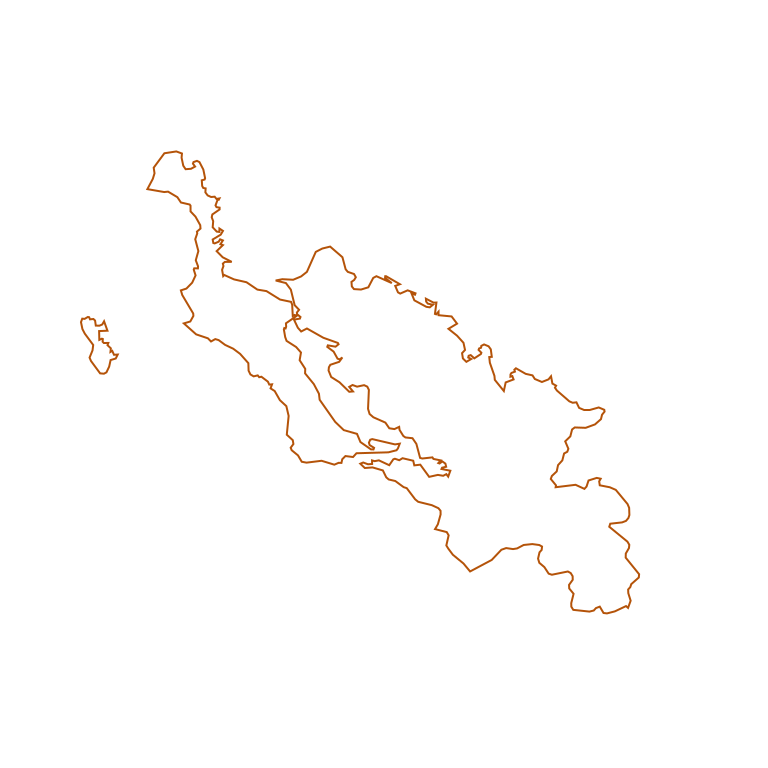 outline of Stereá Elláda, rotated 200°
{"feature_id": "GRC-2989", "entity_name": "Stereá Elláda", "entity_type": "Region", "adm_level": 1, "iso_a3": "GRC", "parent_name": "Greece", "parent_adm1": "", "projection": "natural_earth1", "projection_center": [23.212, 38.602], "detail": "fine", "context": "isolated", "style": "outline", "palette": "amber", "viewbox_px": 768, "rotation_deg": 200, "n_neighbors": 0, "source": "natural_earth", "source_scale": "10m", "svg_char_len": 6152}
<svg xmlns="http://www.w3.org/2000/svg" viewBox="0 0 768 768"><g transform="rotate(200 384 384)"><path d="M379.0,301.0L376.7,303.1L371.6,303.1L367.8,304.8L369.1,308.1L366.4,308.3L362.7,310.5L351.3,309.5L349.5,316.4L348.2,317.5L343.6,317.6L341.2,320.6L330.3,321.9L327.7,317.9L322.3,320.6L309.8,312.2L302.3,317.0L297.0,318.0L294.6,320.6L292.0,318.9L292.0,325.2L300.9,323.8L300.8,325.2L297.3,327.5L299.1,330.2L302.7,331.2L304.6,328.3L305.9,328.3L304.6,331.6L311.9,330.5L313.4,331.6L322.5,327.1L324.8,326.9L333.1,338.8L338.7,342.8L345.6,341.1L348.1,341.8L353.7,346.2L355.1,348.9L358.8,345.2L363.9,344.2L369.5,348.2L382.6,349.1L387.3,350.9L390.5,355.2L396.2,373.3L398.8,375.8L402.3,376.1L408.4,372.3L413.2,372.3L415.7,369.4L410.6,366.4L414.0,364.8L426.4,370.4L436.0,372.5L440.7,377.7L441.5,380.9L441.0,383.7L433.7,389.5L432.2,394.7L434.1,392.0L436.3,391.9L442.4,397.2L450.0,399.5L450.0,401.1L442.3,402.5L440.3,405.8L441.4,406.8L456.8,406.7L475.4,409.8L479.8,405.0L484.2,407.4L490.6,413.7L485.4,416.7L485.4,418.4L489.6,419.9L490.3,421.4L489.2,424.7L494.9,427.5L503.8,440.8L510.7,445.3L521.2,444.2L515.4,447.7L505.0,450.9L498.7,456.7L494.8,463.0L493.3,484.8L488.3,490.2L481.6,494.7L466.4,488.9L459.3,478.7L456.4,477.0L449.8,477.1L447.0,474.7L447.6,471.6L449.5,468.8L447.6,464.7L444.7,462.9L437.9,464.9L431.8,469.5L430.4,480.0L428.0,482.7L411.2,481.5L419.3,484.1L419.7,485.7L418.9,486.0L403.2,483.2L407.0,480.0L402.2,474.9L399.7,474.5L393.8,480.1L385.4,480.0L385.4,478.5L389.1,478.5L384.1,473.0L370.6,471.0L367.2,471.7L365.1,475.2L370.3,474.5L372.6,475.9L373.8,478.5L365.2,477.4L362.6,478.5L360.1,467.3L358.8,467.3L357.5,470.6L356.3,467.3L343.6,470.6L336.0,465.7L342.3,457.9L331.9,454.4L323.4,449.9L319.5,443.7L321.2,439.7L318.6,435.0L314.2,433.0L310.6,437.3L313.9,437.7L314.1,439.5L312.4,440.8L307.9,439.0L303.2,445.3L303.2,446.7L306.8,448.4L306.8,449.9L305.2,451.3L305.6,453.1L303.5,455.4L298.6,455.2L295.5,453.1L292.0,446.4L294.3,445.3L291.8,440.2L283.0,429.4L281.3,425.8L269.0,418.4L270.2,427.1L263.8,432.6L266.1,435.3L267.7,434.1L268.4,436.3L268.0,438.0L265.2,440.4L266.4,442.0L265.4,443.9L254.3,442.0L247.4,442.9L244.0,440.3L236.3,439.9L231.0,444.6L229.7,448.4L225.9,442.0L221.7,441.3L222.1,439.0L219.3,437.0L203.9,431.1L200.3,430.9L196.9,432.6L192.5,428.3L187.0,428.0L181.7,430.0L174.2,435.4L168.2,435.1L167.3,433.5L168.6,429.7L168.1,425.2L171.9,418.2L179.5,411.8L189.9,408.4L191.7,405.6L191.0,398.5L194.1,392.1L188.6,386.2L188.6,383.0L191.0,380.3L190.3,373.2L192.7,367.3L191.8,360.9L194.8,355.0L194.8,351.8L187.7,347.6L187.4,345.7L169.5,354.8L159.8,354.0L158.6,356.9L158.8,363.3L152.0,368.5L148.0,369.1L148.5,366.1L146.6,362.6L136.5,364.2L130.0,363.8L114.1,354.5L111.3,351.5L108.6,344.8L108.5,341.6L109.8,338.1L112.9,335.4L123.6,330.1L123.5,326.9L101.3,319.1L98.5,316.8L97.7,313.6L98.8,307.4L97.5,303.5L79.2,292.5L78.4,289.3L83.2,280.5L83.1,277.4L84.3,274.4L82.9,271.0L78.1,264.7L78.1,257.1L80.6,258.1L89.3,249.3L96.0,244.7L99.4,243.9L105.1,248.6L108.2,245.9L109.4,242.9L113.1,240.4L128.9,236.5L131.8,238.8L133.1,242.1L134.1,251.7L140.0,255.2L141.4,258.5L139.7,264.6L141.0,267.9L143.9,270.2L147.1,270.7L161.0,262.2L164.4,262.1L170.7,266.8L176.9,269.1L179.5,272.6L180.3,279.0L179.1,282.0L179.9,285.3L183.0,285.8L189.9,284.3L197.7,280.5L202.7,275.0L206.3,273.0L213.1,271.6L217.0,268.4L222.6,255.5L239.0,237.3L247.9,242.5L260.9,247.1L267.3,251.3L270.2,253.6L271.5,263.9L274.4,266.3L286.4,265.1L285.4,270.6L286.2,280.8L287.5,284.2L290.4,285.9L297.6,286.5L311.6,285.0L315.3,286.3L327.0,293.9L330.3,293.8L340.2,296.7L346.9,295.9L350.0,297.1L355.5,302.4L366.2,301.7L373.3,298.5L379.0,301.0ZM673.0,486.2L671.4,497.7L671.7,503.5L674.4,508.5L669.3,525.7L658.7,531.5L652.7,531.5L651.6,527.4L647.3,520.5L643.9,518.0L639.0,520.2L635.9,523.7L638.9,525.7L638.9,527.4L636.1,529.7L633.3,529.4L627.1,523.7L622.5,516.2L622.5,514.8L624.9,513.1L622.6,507.9L620.9,506.4L618.5,506.8L617.4,503.0L614.2,500.9L610.4,500.6L607.2,502.1L604.7,500.6L602.1,502.1L602.3,500.6L603.4,500.4L603.4,494.2L601.9,492.9L598.8,493.5L598.2,491.8L603.3,484.6L602.9,481.7L600.2,478.6L598.6,472.7L593.3,470.0L590.7,470.6L591.8,473.8L587.7,472.8L588.5,468.5L594.4,461.2L592.6,458.1L591.2,458.2L588.0,461.2L587.5,463.9L584.5,463.8L585.5,459.4L582.9,459.4L586.7,451.6L578.9,447.9L568.9,446.7L575.3,444.3L576.6,442.0L575.2,439.9L575.2,435.9L572.0,430.4L571.4,431.8L560.7,431.0L548.0,432.6L535.3,429.4L526.2,431.1L510.6,427.8L499.4,429.4L497.4,427.1L493.0,416.7L491.7,418.3L489.2,418.4L496.9,407.5L495.5,404.3L495.5,402.5L496.8,402.5L496.8,401.1L492.9,394.3L490.3,391.2L479.2,388.7L472.8,385.2L471.4,377.5L463.2,371.3L461.8,367.0L449.9,359.9L441.8,352.6L439.1,347.2L416.9,331.7L406.0,326.9L392.3,327.9L386.3,321.4L373.9,318.1L371.5,318.9L371.5,320.6L376.6,321.7L378.1,323.7L377.9,326.9L376.2,328.2L353.0,331.0L348.8,333.3L348.9,328.1L349.6,326.0L356.5,321.3L386.2,309.5L388.1,304.8L395.6,303.1L397.5,299.0L397.0,295.3L399.7,294.4L403.1,291.2L416.4,290.5L429.9,283.6L434.7,282.8L440.4,287.5L448.1,290.2L449.9,292.2L448.6,296.6L450.5,300.0L458.0,303.1L462.7,321.4L468.2,329.8L476.3,333.2L484.3,340.0L489.1,341.1L489.1,345.4L491.6,344.2L493.9,346.5L501.7,348.9L503.6,347.7L505.6,348.9L509.1,346.6L512.8,347.3L515.8,350.2L518.6,357.2L529.5,363.1L537.8,365.6L546.7,366.4L554.4,368.7L557.9,368.5L561.1,364.8L565.1,366.7L577.5,366.4L592.8,372.5L587.4,376.5L586.4,382.8L587.4,385.0L604.0,398.6L606.9,402.5L602.3,406.1L598.9,413.6L598.2,421.6L601.9,426.4L601.9,427.8L598.4,429.0L599.0,431.0L603.2,435.9L603.9,445.4L610.9,455.5L611.0,461.7L611.9,463.2L609.6,467.3L611.0,470.4L618.4,476.8L624.8,480.0L626.8,485.4L628.0,486.2L636.9,485.1L642.1,488.9L652.7,490.9L656.2,489.2L673.0,486.2ZM686.2,332.5L689.9,338.5L689.9,342.2L687.6,342.8L685.2,345.7L683.9,345.9L682.4,344.2L679.3,345.7L677.2,344.8L674.8,340.3L671.3,341.5L669.1,343.6L668.5,347.2L662.1,339.5L669.8,336.3L666.6,328.1L664.6,330.1L663.6,330.1L662.9,327.5L661.3,326.7L657.1,328.3L657.1,325.9L652.9,324.1L652.0,320.6L650.7,322.2L647.7,319.1L644.3,320.6L644.8,316.2L649.1,313.0L648.2,306.3L648.8,300.0L650.7,297.9L654.4,296.9L667.2,305.4L669.7,308.1L669.4,315.9L670.6,321.2L682.4,329.0L686.2,332.5Z" fill="none" stroke="#b45309" stroke-width="2"/></g></svg>